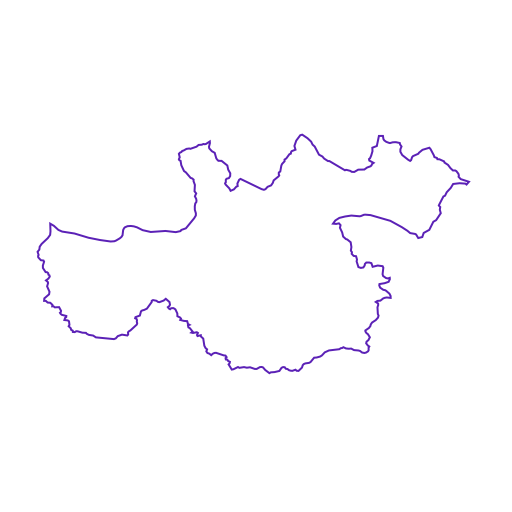 Porto Nacional, Tocantins, Brazil (Natural Earth projection), rotated 266°
{"feature_id": "56859067B7775262442491", "entity_name": "Porto Nacional", "entity_type": "district", "adm_level": 2, "iso_a3": "BRA", "parent_name": "Brazil", "parent_adm1": "Tocantins", "projection": "natural_earth1", "projection_center": [-48.464, -10.549], "detail": "fine", "context": "isolated", "style": "outline", "palette": "violet", "viewbox_px": 512, "rotation_deg": 266, "n_neighbors": 0, "source": "geoboundaries", "source_scale": "gbopen_adm2", "svg_char_len": 6096}
<svg xmlns="http://www.w3.org/2000/svg" viewBox="0 0 512 512"><g transform="rotate(266 256 256)"><path d="M268.1,411.4L266.9,416.3L266.3,417.2L262.6,419.1L263.3,423.2L267.3,424.9L270.0,430.7L277.8,435.3L279.2,438.2L285.8,443.3L289.3,442.6L292.0,443.2L293.6,441.9L294.6,442.4L302.3,447.1L303.0,448.8L306.3,450.7L310.3,455.0L314.1,457.7L314.4,464.2L313.6,469.9L312.6,471.0L315.2,473.6L318.4,465.6L320.9,463.6L322.4,464.0L324.0,463.6L326.7,461.8L327.4,460.7L327.6,458.4L330.1,456.1L333.5,453.9L336.1,450.5L337.2,450.3L339.7,445.7L339.9,443.7L341.2,443.3L342.2,440.9L344.1,440.4L350.4,437.6L351.9,436.5L350.3,429.5L347.6,425.7L346.7,425.1L344.7,419.6L343.7,418.6L340.8,417.4L340.1,416.4L341.4,414.5L346.5,408.9L349.9,407.3L352.4,407.5L355.1,408.8L357.2,407.5L358.7,407.3L359.8,403.5L359.9,400.4L359.3,397.5L359.7,396.3L360.8,393.9L362.4,392.0L363.7,391.3L366.9,391.0L367.2,387.0L357.3,384.2L355.9,379.6L352.4,379.5L348.1,377.9L345.6,376.6L344.8,375.5L343.3,375.7L340.7,379.8L339.7,378.2L338.3,377.5L337.5,376.5L336.5,373.0L334.7,370.1L335.0,364.0L333.0,359.9L333.3,357.3L334.3,356.1L335.3,353.2L335.7,351.8L335.3,350.7L345.6,335.8L345.7,334.4L348.4,330.8L350.6,329.2L352.7,325.9L361.1,322.2L363.2,320.2L366.2,319.0L369.9,315.6L373.8,310.6L373.4,308.6L368.3,304.2L363.1,302.0L359.3,302.8L358.1,298.9L357.0,298.1L355.7,297.9L355.2,296.4L351.2,293.0L350.2,291.2L348.5,291.1L346.1,288.5L344.5,287.6L338.6,286.1L337.7,284.6L336.0,284.4L334.8,284.8L333.9,284.1L330.2,278.9L327.8,277.9L325.4,276.0L324.2,272.4L322.0,270.1L321.5,268.5L322.3,266.3L334.0,245.9L333.2,244.5L329.6,242.5L327.0,242.6L326.5,241.2L324.0,238.6L322.8,235.2L325.3,234.1L329.5,230.6L330.7,230.2L331.6,231.0L334.1,231.2L335.1,232.0L335.6,234.4L337.5,235.8L340.3,236.1L344.1,234.3L348.3,233.7L353.3,228.3L353.6,225.1L355.0,223.9L356.2,223.2L361.8,222.0L363.6,219.3L366.6,216.9L368.2,216.7L371.8,217.9L373.5,217.9L371.2,213.8L371.1,212.5L371.4,211.3L370.8,209.7L370.8,206.5L369.2,204.3L367.5,198.0L367.9,196.9L367.7,194.1L366.2,191.0L366.0,189.8L364.9,188.8L364.4,187.3L363.3,186.2L359.8,186.8L357.9,185.8L356.9,186.2L356.2,187.4L351.8,187.8L345.8,190.1L344.3,191.9L338.5,196.2L337.8,197.8L336.5,199.1L335.1,198.9L331.2,200.0L324.8,199.2L322.6,200.7L319.8,199.2L317.2,200.3L315.4,200.5L313.9,200.2L312.7,199.1L309.9,198.4L306.3,198.2L302.8,199.0L300.6,198.8L297.9,196.9L288.5,188.0L287.2,183.3L286.1,182.4L285.4,177.6L287.3,167.4L287.3,152.7L289.7,144.7L292.9,139.3L294.1,136.2L294.7,133.2L294.7,129.9L293.8,127.3L292.9,126.3L291.2,125.3L286.0,124.3L284.4,123.1L283.1,121.3L281.1,117.3L280.6,115.7L280.6,112.0L282.8,101.6L285.9,90.2L291.1,76.5L293.9,64.3L295.8,60.7L300.2,56.5L302.6,53.0L294.9,52.7L291.4,52.1L288.3,49.5L283.0,43.0L280.4,40.9L277.5,40.3L275.4,38.4L272.2,39.2L271.2,38.6L269.8,38.7L266.8,41.1L266.3,43.7L265.1,44.2L261.3,42.7L258.9,42.6L254.6,45.0L254.4,46.4L253.4,47.5L251.9,47.6L251.1,48.6L249.8,48.8L247.9,47.3L246.3,44.8L244.6,46.5L243.5,46.7L240.3,45.5L234.7,47.5L232.2,46.9L228.5,41.9L226.0,41.5L225.9,43.2L224.1,44.9L223.7,47.5L221.5,49.5L220.0,49.2L220.0,50.4L218.8,51.7L218.7,56.0L214.9,57.7L213.7,57.4L213.0,56.5L211.9,57.1L210.9,58.1L209.4,62.6L208.3,62.4L207.5,61.2L205.5,60.4L204.9,63.7L203.9,64.9L200.3,65.1L199.0,64.2L196.8,66.2L195.3,66.4L194.3,68.0L193.0,68.0L192.7,69.9L193.5,71.4L193.3,72.9L191.6,77.5L191.2,81.0L190.3,81.6L189.0,83.7L188.0,88.0L186.0,90.6L183.0,108.5L183.6,110.4L185.7,112.5L186.9,116.8L185.7,122.1L186.6,123.0L188.8,123.0L189.7,123.9L190.5,125.5L195.9,132.3L197.2,132.8L198.7,132.5L200.4,132.8L201.6,132.4L202.3,131.1L203.4,131.5L204.7,136.0L208.8,137.4L209.6,138.6L210.0,140.7L211.1,143.5L217.3,148.7L218.6,148.9L219.2,150.2L218.3,153.5L217.0,155.1L216.7,156.4L218.0,160.8L219.6,163.0L216.1,166.5L213.3,166.8L212.1,166.0L211.1,164.5L209.7,165.4L208.9,166.6L209.8,167.7L209.8,169.8L209.2,170.9L208.3,171.9L204.2,173.5L201.4,173.4L200.0,175.9L198.8,176.8L197.5,176.0L196.3,179.5L195.8,182.8L192.9,183.4L192.0,184.8L191.5,183.3L189.5,183.6L188.6,185.0L185.0,187.5L184.1,186.2L183.6,187.8L184.1,191.6L183.3,192.7L181.3,191.6L180.2,192.1L180.8,195.4L179.6,195.4L177.3,197.6L170.1,198.2L167.6,199.3L166.3,200.7L164.3,199.8L162.6,200.8L161.8,202.7L160.2,204.4L161.5,206.0L162.2,207.8L162.2,209.4L159.1,216.9L158.8,218.6L157.2,219.6L156.3,218.5L154.9,218.7L154.6,220.2L153.4,220.7L152.2,222.6L150.7,222.1L149.8,221.1L144.4,223.9L144.6,225.6L146.5,230.3L145.6,231.6L146.0,236.3L145.2,239.1L145.4,242.3L143.4,247.0L143.3,248.8L144.9,252.2L144.9,254.0L144.3,255.3L141.7,257.2L138.2,261.2L138.9,262.7L138.9,266.4L139.7,271.3L142.7,273.7L143.3,275.3L143.0,276.9L141.5,277.8L141.0,279.6L139.8,280.9L139.2,282.5L138.9,284.2L139.8,287.5L138.7,288.5L138.4,290.4L141.5,294.1L143.8,295.0L144.8,296.0L145.4,297.7L145.7,301.5L146.4,303.0L150.5,306.9L150.5,309.3L151.2,312.9L152.2,314.8L155.1,317.9L156.7,322.2L157.2,332.6L158.1,334.1L158.2,335.5L158.9,336.8L157.5,339.3L157.0,342.1L157.0,344.5L155.3,347.2L154.6,351.6L154.0,353.2L152.3,355.1L151.7,357.4L152.0,359.1L153.1,361.1L154.2,361.8L156.6,361.9L157.8,362.7L158.8,361.4L161.2,359.8L162.8,360.3L164.3,362.3L167.0,363.9L170.2,362.2L171.4,360.8L173.0,359.9L174.1,359.9L176.3,363.6L178.1,365.2L179.7,365.7L181.5,367.1L183.7,371.0L186.0,373.4L188.0,374.1L189.7,373.5L196.4,373.6L198.6,374.5L200.1,374.5L201.8,372.3L202.7,374.0L202.8,377.0L204.8,379.9L205.3,381.5L205.5,383.6L204.8,387.4L206.7,387.5L209.1,386.5L212.2,383.4L212.9,382.4L213.4,380.6L215.8,377.6L218.1,376.9L219.4,377.2L219.9,382.4L221.0,386.5L223.5,387.9L224.9,387.9L224.4,386.1L224.9,384.2L227.2,381.4L229.0,381.0L235.4,382.2L237.0,381.6L238.0,376.8L237.1,371.6L240.8,370.6L241.6,368.5L241.8,365.6L240.5,364.1L238.9,363.7L237.1,362.3L236.8,359.8L237.8,357.4L243.6,356.0L245.5,356.5L248.8,355.8L249.3,353.4L251.5,351.6L253.1,352.0L254.7,351.0L258.3,351.8L263.1,351.4L266.1,348.2L266.6,346.9L269.3,344.3L273.5,343.6L278.3,341.7L280.9,342.5L282.8,341.0L282.4,338.2L282.9,335.1L285.9,337.6L288.2,341.8L289.2,347.6L289.7,353.9L288.4,362.1L288.5,363.3L289.6,366.6L289.6,368.0L288.8,373.1L281.7,392.5L274.6,403.5L270.6,408.8L268.1,411.4Z" fill="none" stroke="#5b21b6" stroke-width="2"/></g></svg>